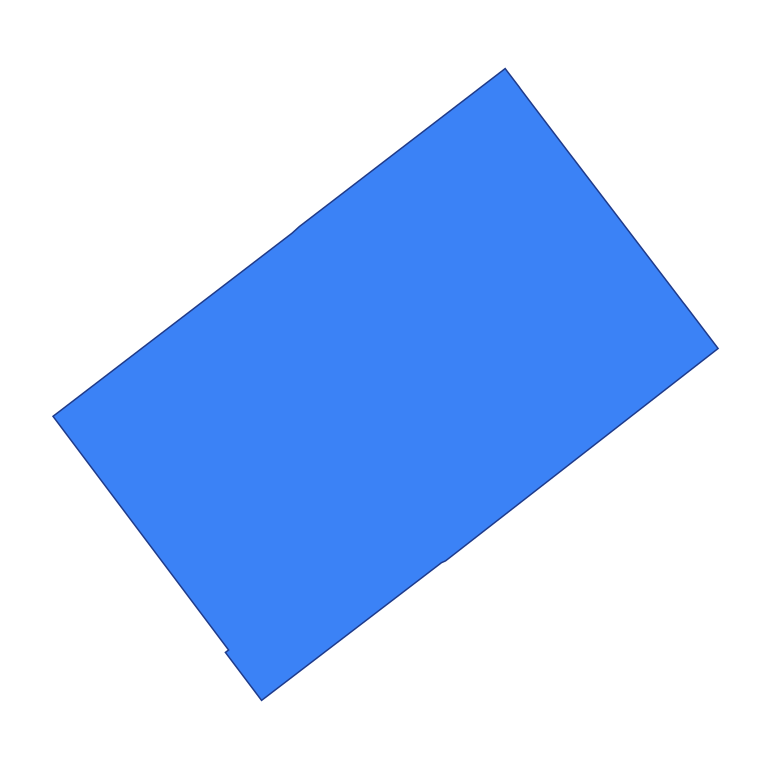 outline of Kit Carson, Colorado, United States of America, rotated 323°
{"feature_id": "52423323B73270525883232", "entity_name": "Kit Carson", "entity_type": "district", "adm_level": 2, "iso_a3": "USA", "parent_name": "United States of America", "parent_adm1": "Colorado", "projection": "mercator", "projection_center": [-102.364, 39.306], "detail": "fine", "context": "isolated", "style": "filled", "palette": "blue", "viewbox_px": 768, "rotation_deg": 323, "n_neighbors": 0, "source": "geoboundaries", "source_scale": "gbopen_adm2", "svg_char_len": 456}
<svg xmlns="http://www.w3.org/2000/svg" viewBox="0 0 768 768"><g transform="rotate(323 384 384)"><path d="M672.2,556.7L672.0,501.7L671.9,499.4L671.9,496.9L671.3,386.1L671.0,339.0L670.9,319.1L670.8,309.3L670.8,305.9L670.6,250.5L670.6,230.0L670.7,228.5L670.6,209.0L670.6,205.0L411.3,207.3L401.5,208.2L281.7,209.2L100.2,210.6L99.8,502.9L95.8,502.9L95.8,563.0L322.4,561.3L326.7,562.3L672.2,556.7Z" fill="#3b82f6" stroke="#1e3a8a" stroke-width="1.5"/></g></svg>